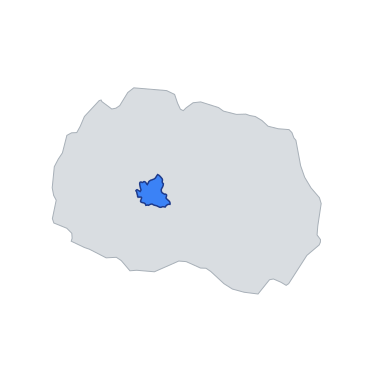 Dolneni highlighted on a map of North Macedonia, rotated 29°
{"feature_id": "MKD-2928", "entity_name": "Dolneni", "entity_type": "Statistical Region", "adm_level": 1, "iso_a3": "MKD", "parent_name": "North Macedonia", "parent_adm1": "", "projection": "natural_earth1", "projection_center": [21.402, 41.472], "detail": "fine", "context": "in_parent", "style": "filled", "palette": "blue", "viewbox_px": 384, "rotation_deg": 29, "n_neighbors": 0, "source": "natural_earth", "source_scale": "10m", "svg_char_len": 2577}
<svg xmlns="http://www.w3.org/2000/svg" viewBox="0 0 384 384"><g transform="rotate(29 192 192)"><path d="M174.4,105.3L180.3,106.0L193.2,102.6L201.3,97.8L205.4,97.1L210.8,95.3L218.7,95.6L226.6,97.6L236.7,94.9L246.6,90.4L250.6,91.6L254.9,95.3L257.8,96.4L274.3,116.4L283.4,124.5L294.1,130.7L306.2,135.2L310.6,139.5L318.5,160.8L322.2,168.9L327.4,171.3L328.6,173.6L328.9,176.7L323.2,191.7L321.0,225.3L319.6,228.0L313.5,227.8L305.4,228.6L302.3,231.2L299.2,249.2L286.2,254.4L274.4,257.3L264.4,256.7L246.9,252.4L241.2,251.9L236.3,254.4L220.7,255.7L213.9,258.8L197.8,280.0L181.5,287.3L175.9,291.0L163.4,286.3L157.5,285.8L148.8,291.2L129.9,291.8L124.8,292.7L110.2,293.6L109.6,290.6L106.9,286.4L100.1,284.4L86.2,286.1L82.8,283.0L77.2,265.0L72.7,262.1L67.7,256.1L59.3,236.6L59.1,228.0L59.7,220.6L55.1,203.1L58.0,198.6L62.4,195.9L62.4,188.8L61.3,178.1L66.5,157.1L67.9,155.6L69.2,156.6L81.6,158.3L84.8,155.6L86.9,151.5L87.6,136.1L90.6,129.1L120.7,115.6L129.5,115.1L136.3,121.3L141.7,125.2L144.9,125.1L146.1,121.1L149.7,113.4L155.9,109.0L174.2,105.3L174.4,105.3Z" fill="#d9dde1" stroke="#a8b0b8" stroke-width="1"/><path d="M149.3,207.2L149.3,205.8L149.2,203.7L149.6,202.8L150.1,201.8L150.8,201.1L151.7,200.0L152.5,199.1L153.2,197.5L153.3,195.1L153.5,193.4L154.0,193.4L154.3,193.4L155.2,193.4L156.6,193.8L157.8,194.2L159.5,194.9L160.4,195.8L160.7,196.9L161.2,197.8L161.8,198.3L163.0,198.7L163.5,200.0L163.8,201.6L163.8,203.4L163.9,204.7L164.6,205.9L165.4,206.7L166.5,207.2L167.5,207.2L168.5,207.2L169.2,207.2L169.8,206.7L170.5,206.7L171.2,206.9L171.5,207.4L171.8,208.4L172.0,209.4L172.4,210.0L173.1,210.3L174.1,210.5L175.7,210.9L176.9,211.2L177.9,212.0L178.6,213.0L178.7,213.5L177.5,214.1L176.7,214.9L176.0,216.6L175.8,218.2L174.8,218.5L173.5,219.0L172.2,220.5L171.1,221.0L167.6,221.2L166.6,221.5L165.1,221.9L163.8,221.9L162.9,221.9L162.3,222.3L161.5,223.0L160.9,223.9L160.4,224.7L159.6,224.8L159.1,225.3L158.5,225.7L158.1,226.0L157.9,225.7L156.7,225.0L156.0,224.9L155.3,224.9L154.4,225.1L153.6,225.4L152.8,225.5L152.2,225.5L151.7,225.3L151.3,224.7L151.2,223.7L151.0,222.6L150.8,221.8L150.7,221.4L150.0,221.1L149.5,221.3L148.8,221.9L148.1,222.0L147.5,222.4L147.4,222.7L146.6,222.3L146.2,221.6L144.9,220.3L143.5,218.7L142.3,218.1L142.4,217.2L142.8,216.6L143.8,216.6L144.8,216.6L146.4,216.7L146.5,215.7L146.5,215.3L146.1,214.5L145.5,214.1L143.8,212.2L142.5,210.6L142.0,209.7L141.9,209.5L141.9,208.7L142.0,208.4L142.8,207.9L143.6,207.9L144.2,207.6L144.6,206.7L145.0,206.1L146.3,205.9L147.4,206.3L148.0,206.7L148.8,207.1L149.3,207.2Z" fill="#3b82f6" stroke="#1e3a8a" stroke-width="1.5"/></g></svg>